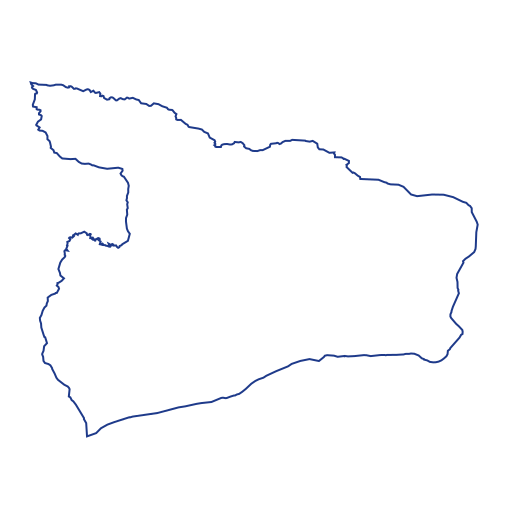 outline of Kota Pagar Alam, Sumatera Selatan, Indonesia, rotated 269°
{"feature_id": "22746128B19740076763731", "entity_name": "Kota Pagar Alam", "entity_type": "district", "adm_level": 2, "iso_a3": "IDN", "parent_name": "Indonesia", "parent_adm1": "Sumatera Selatan", "projection": "equal_earth", "projection_center": [103.303, -4.121], "detail": "fine", "context": "isolated", "style": "outline", "palette": "blue", "viewbox_px": 512, "rotation_deg": 269, "n_neighbors": 0, "source": "geoboundaries", "source_scale": "gbopen_adm2", "svg_char_len": 5946}
<svg xmlns="http://www.w3.org/2000/svg" viewBox="0 0 512 512"><g transform="rotate(269 256 256)"><path d="M276.0,476.7L283.5,478.2L286.4,477.3L296.1,472.5L300.0,472.5L302.3,470.9L303.1,469.4L305.5,467.2L306.6,463.7L311.4,454.2L314.0,444.7L314.4,433.2L313.0,418.1L314.8,412.1L322.6,404.7L324.8,399.7L325.3,391.7L326.2,388.7L327.0,387.9L327.6,385.6L330.1,379.8L331.2,361.6L333.2,361.4L334.5,359.2L337.1,356.2L337.8,354.7L337.5,354.0L343.4,348.1L344.9,348.4L345.5,348.0L347.3,350.5L349.4,350.6L351.7,346.0L351.5,345.3L352.3,344.6L353.1,343.2L353.4,336.7L355.9,336.7L357.0,335.8L358.2,336.2L357.9,331.2L361.3,325.2L361.6,321.2L363.5,319.7L367.2,319.2L370.1,314.7L369.4,311.7L370.1,307.7L370.5,307.2L371.5,294.2L370.5,292.1L370.6,287.3L369.4,284.5L368.1,283.1L367.5,281.5L368.5,280.2L368.8,279.1L368.4,278.2L367.9,272.9L367.1,272.2L365.0,271.8L361.7,264.5L361.8,262.0L360.9,259.3L361.1,254.7L361.9,252.7L363.2,251.2L363.9,248.0L365.7,246.0L367.0,246.3L369.1,244.6L370.3,242.7L369.9,240.6L370.4,236.7L369.1,236.0L368.0,233.9L367.9,232.0L368.5,229.1L368.4,226.1L367.9,224.2L367.2,223.3L365.6,222.8L365.7,218.0L366.1,217.2L366.8,217.2L367.5,216.4L367.9,217.2L369.2,217.2L369.9,216.5L371.0,217.2L372.5,216.6L375.2,211.8L379.4,210.1L381.0,206.4L383.4,204.1L384.4,200.7L386.1,191.4L386.5,190.8L388.4,189.8L389.3,188.0L393.4,183.3L393.4,179.8L394.0,178.6L395.6,178.6L397.0,178.0L399.3,178.9L400.6,177.1L403.2,175.1L403.5,174.6L403.8,171.6L404.3,170.6L405.8,169.5L407.4,164.8L409.5,161.2L410.4,156.5L408.0,153.6L407.9,151.8L409.9,149.0L410.7,143.8L414.0,141.5L414.6,139.0L416.3,135.6L415.6,132.0L416.5,130.5L416.6,129.7L414.9,127.5L414.9,127.0L415.2,125.4L416.2,123.5L415.8,122.1L414.1,119.8L414.0,119.1L414.1,118.6L416.6,116.0L417.1,115.0L417.2,113.8L416.4,112.4L415.3,112.1L414.9,109.8L416.6,106.9L418.6,106.3L419.0,105.1L418.4,104.3L418.6,102.9L421.1,103.2L422.6,102.1L421.8,98.7L422.1,97.9L424.1,96.3L422.8,93.7L425.0,92.4L425.7,90.8L425.4,89.4L423.8,86.1L426.6,79.9L426.8,78.7L426.4,78.1L426.3,76.9L428.4,74.8L429.0,73.7L428.9,72.1L427.9,72.1L427.6,70.8L428.2,68.8L430.1,66.2L430.7,64.3L430.8,58.8L430.2,56.7L429.8,53.0L430.3,50.2L430.7,49.7L431.2,41.5L432.5,38.9L432.8,35.5L433.4,33.8L431.6,34.3L429.8,36.1L428.7,34.9L428.1,35.0L427.0,36.0L425.9,38.8L423.4,40.0L422.4,39.7L422.2,38.3L421.8,37.9L416.5,37.6L411.2,35.5L409.7,35.6L409.3,35.7L408.6,39.3L406.7,39.2L406.2,39.9L406.0,42.1L405.5,43.1L404.4,43.1L402.6,41.5L401.3,41.5L400.5,43.6L399.7,44.2L396.3,43.5L394.1,40.3L390.9,38.5L390.4,38.8L388.3,41.9L386.1,40.5L385.2,41.8L384.9,44.8L383.2,47.8L379.6,49.6L376.4,49.5L374.6,51.5L373.3,52.0L369.0,52.9L367.7,52.6L365.3,55.4L362.9,56.1L362.4,58.6L358.9,61.6L356.9,64.0L356.1,72.2L356.3,77.2L353.2,80.4L351.5,83.3L351.1,86.5L351.3,90.3L350.4,92.5L349.5,93.9L349.5,95.2L347.4,100.5L345.8,108.7L346.7,119.8L345.4,123.9L343.6,124.1L340.8,122.0L339.0,122.9L338.1,124.0L337.6,125.3L331.4,129.3L328.4,130.0L325.2,129.4L321.8,129.4L318.3,128.0L316.1,128.0L314.0,127.4L311.9,128.7L310.0,128.1L306.1,128.6L304.6,127.7L299.6,128.0L296.2,126.7L292.7,126.6L285.6,127.4L283.0,128.4L280.4,130.2L273.4,128.2L270.1,122.5L269.1,121.7L268.4,119.9L267.2,119.5L266.6,118.3L267.7,117.0L269.0,116.3L268.9,113.8L269.1,113.2L270.0,113.4L270.5,112.5L269.7,110.9L269.6,110.1L270.4,109.8L270.9,108.9L269.1,109.6L268.5,110.9L267.9,110.5L267.9,109.4L268.8,107.3L268.8,106.3L269.4,105.7L269.7,102.9L270.4,103.3L271.1,102.7L270.3,100.5L270.5,100.0L273.2,100.9L274.4,99.3L275.6,100.1L276.2,99.8L276.7,98.5L276.2,97.6L275.6,97.6L275.8,96.8L275.5,96.0L274.2,95.6L274.2,95.2L275.0,94.6L275.1,93.3L275.6,92.7L276.4,93.7L277.2,93.1L276.7,92.2L276.8,90.6L278.5,90.9L279.7,90.3L280.7,91.1L280.9,90.9L281.0,90.2L279.8,88.3L280.2,87.4L281.6,87.2L283.3,84.7L281.7,81.1L281.7,79.2L281.2,78.5L280.3,78.2L281.7,76.1L280.6,74.7L280.2,74.7L280.0,73.6L278.9,73.2L278.6,73.8L277.5,72.5L278.0,70.7L277.7,69.8L277.2,69.4L275.8,70.6L274.2,69.7L273.4,67.6L271.6,67.8L269.8,67.2L269.5,67.7L266.5,66.4L264.7,67.7L265.2,65.4L264.2,64.5L261.7,64.9L260.5,64.7L260.0,65.2L259.3,65.3L258.2,64.7L255.8,62.1L252.8,60.2L246.4,58.2L242.5,59.7L239.9,60.1L237.0,63.6L234.5,61.2L232.6,58.0L232.4,57.0L231.0,57.0L229.9,56.3L228.4,58.0L226.7,58.5L222.6,56.2L222.5,55.0L221.9,54.5L220.7,50.7L218.1,47.0L214.6,47.1L212.2,46.0L210.0,45.6L208.2,43.6L205.0,41.8L200.6,40.4L197.9,38.8L195.1,39.0L192.3,39.9L188.2,40.1L180.8,42.3L178.7,43.0L178.4,43.8L172.5,45.5L169.5,42.6L164.9,41.9L162.1,40.6L161.3,40.5L158.9,41.4L154.8,41.7L152.7,43.1L151.6,46.6L150.3,48.5L147.4,50.2L146.7,50.2L142.0,52.6L137.8,54.3L135.7,55.8L130.6,62.1L128.8,65.5L127.4,66.7L126.1,67.3L118.8,66.4L117.9,67.9L115.1,69.2L113.9,70.8L110.5,73.3L96.9,81.2L95.9,81.1L91.9,83.3L78.6,83.9L81.7,93.1L86.5,98.0L90.0,104.5L92.5,111.7L97.0,126.6L96.8,127.0L97.6,129.9L100.7,154.5L106.0,176.0L106.9,182.6L109.2,194.0L109.9,198.8L110.8,208.9L114.7,218.8L114.9,220.5L114.4,222.9L114.5,224.2L115.9,228.1L116.9,231.5L116.9,232.6L117.9,234.5L118.4,236.7L120.5,239.9L123.3,243.5L128.4,249.1L131.1,253.2L132.7,256.6L134.2,261.3L136.1,264.3L140.5,274.2L145.1,286.1L147.5,289.8L150.3,298.5L152.0,307.7L149.9,317.1L153.8,322.1L155.1,323.1L155.6,325.4L155.0,332.2L153.8,335.9L154.5,342.7L154.2,342.8L154.4,343.8L154.0,346.2L154.2,352.7L155.0,361.9L154.9,364.5L153.9,368.9L154.8,378.5L154.8,383.0L154.5,384.0L154.8,385.3L154.7,394.4L155.0,401.9L155.5,403.7L155.5,407.5L155.8,409.3L155.5,412.6L153.7,416.9L150.8,420.0L150.0,422.1L149.5,422.2L148.6,425.4L147.1,428.0L146.6,431.2L146.6,433.7L147.2,436.7L148.4,439.5L150.1,441.9L152.4,444.6L154.5,445.8L157.9,446.2L159.4,448.2L160.6,448.7L170.9,458.1L173.6,459.7L174.4,461.1L176.6,461.3L178.4,461.0L182.2,457.6L184.7,454.9L190.5,450.1L192.1,449.3L194.3,449.4L196.7,450.5L197.5,450.5L201.8,452.0L215.2,458.2L217.8,457.5L218.6,457.8L220.5,457.0L226.5,457.0L230.7,456.1L234.5,456.8L245.7,463.3L247.2,462.9L249.6,465.4L251.8,468.9L256.1,474.2L259.2,475.6L261.7,475.9L276.0,476.7Z" fill="none" stroke="#1e3a8a" stroke-width="2"/></g></svg>